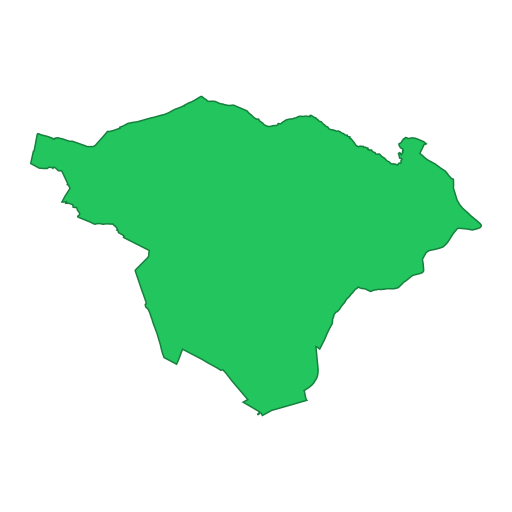 Dragoiesti, Suceava, Romania (Robinson projection)
{"feature_id": "2599482B69921637610392", "entity_name": "Dragoiesti", "entity_type": "district", "adm_level": 2, "iso_a3": "ROU", "parent_name": "Romania", "parent_adm1": "Suceava", "projection": "robinson", "projection_center": [26.101, 47.535], "detail": "fine", "context": "isolated", "style": "filled", "palette": "green", "viewbox_px": 512, "rotation_deg": 0, "n_neighbors": 0, "source": "geoboundaries", "source_scale": "gbopen_adm2", "svg_char_len": 6058}
<svg xmlns="http://www.w3.org/2000/svg" viewBox="0 0 512 512"><path d="M319.7,349.1L324.4,339.9L327.4,332.9L330.3,327.0L332.2,323.8L332.6,320.8L332.4,319.9L333.8,316.3L333.8,315.2L334.2,314.3L336.0,312.2L337.7,311.3L338.4,310.4L339.3,309.6L341.1,306.7L345.2,301.7L345.5,300.5L346.3,299.8L346.4,299.4L347.6,298.1L348.4,297.6L349.1,296.6L350.1,295.7L350.3,295.4L350.4,294.9L352.8,292.5L354.9,289.8L357.4,288.0L358.2,287.0L359.6,287.8L362.2,288.6L363.1,288.5L364.3,288.9L364.9,288.8L365.7,289.0L366.6,289.6L370.3,291.4L370.9,291.4L372.3,290.7L375.0,289.9L376.5,289.8L378.1,289.3L380.7,289.5L384.5,289.2L386.8,288.7L393.6,288.8L396.5,288.2L398.1,287.7L399.2,286.8L403.9,282.1L406.0,280.8L412.0,275.8L413.3,275.2L420.5,273.4L422.5,272.5L423.3,271.5L423.7,270.5L423.2,264.1L422.5,259.8L422.6,258.9L425.9,253.0L427.0,251.9L428.3,251.1L429.9,250.4L434.5,249.5L439.8,248.1L443.1,246.9L446.5,243.7L448.3,241.4L453.2,233.6L457.3,228.7L458.7,228.2L467.2,229.0L472.5,230.0L477.4,228.7L479.4,227.9L480.7,227.1L481.1,226.3L481.3,225.2L480.1,223.6L477.4,221.2L469.8,214.9L468.8,213.7L462.8,208.4L459.9,205.0L457.1,200.1L453.4,188.0L453.6,184.4L453.4,179.3L451.1,178.2L448.4,175.1L447.1,173.2L445.3,171.1L440.1,167.7L435.5,164.2L427.5,159.8L425.0,157.9L421.6,154.8L419.8,153.5L424.2,144.4L425.8,144.1L426.3,143.8L425.4,143.1L424.6,142.7L424.0,141.8L417.2,138.9L414.7,138.1L411.0,137.9L409.4,138.5L408.5,138.5L405.9,137.5L405.3,137.6L405.0,137.9L404.8,138.7L403.5,138.9L403.2,139.2L402.9,140.2L402.1,140.8L401.8,141.6L400.7,143.0L399.2,143.6L398.9,144.0L399.2,145.5L400.2,147.4L401.3,148.3L402.9,149.0L402.9,149.8L403.2,150.2L403.1,150.7L402.7,150.8L402.5,151.1L402.6,151.5L403.1,152.0L403.0,152.3L402.9,152.6L402.2,153.0L402.0,153.4L401.7,154.5L401.5,154.8L401.2,154.7L400.3,153.3L399.8,152.7L399.3,153.1L398.6,153.2L398.4,153.7L399.0,155.1L399.4,156.7L399.4,157.5L399.6,158.0L400.1,158.3L401.5,158.6L402.1,159.2L401.9,159.8L401.2,160.3L401.0,160.6L401.1,162.9L400.9,163.1L399.2,163.1L398.6,163.4L398.0,164.6L397.2,165.0L396.7,164.9L396.0,164.3L395.3,164.1L394.8,164.0L394.0,164.3L393.3,163.8L391.9,164.0L390.3,163.2L390.0,162.6L388.9,161.7L387.1,161.0L384.5,158.2L383.2,157.3L382.0,156.8L381.5,156.1L379.4,154.0L377.6,154.2L376.0,154.1L375.6,153.7L375.0,152.5L374.1,152.4L372.4,151.5L372.0,151.0L371.6,150.0L370.8,150.1L370.0,149.8L369.2,150.3L368.8,149.8L367.8,149.5L367.7,149.2L368.1,148.6L368.1,148.3L367.8,148.0L366.8,148.0L365.6,147.3L364.8,147.1L364.3,147.4L364.1,147.4L363.4,146.8L363.3,146.4L360.6,146.3L360.3,146.1L359.4,146.3L358.7,146.7L357.3,146.4L357.0,145.9L356.0,145.4L355.7,145.0L354.3,142.8L351.2,138.9L350.7,138.6L349.8,138.4L349.7,138.2L350.0,137.6L350.0,137.1L349.8,136.8L347.8,136.5L347.5,136.3L347.3,135.2L346.3,135.2L344.9,134.8L343.4,133.5L341.7,133.1L340.2,131.8L338.1,130.9L337.4,131.3L336.9,131.3L333.9,130.1L333.5,130.1L332.5,129.8L331.4,129.9L329.4,129.0L328.8,128.8L328.5,128.0L328.1,127.7L327.7,127.0L325.2,125.9L324.8,125.0L323.0,123.9L321.9,122.4L321.4,122.1L321.1,121.7L319.5,121.3L318.1,120.3L317.8,119.5L317.5,119.5L316.2,118.6L315.9,117.9L314.3,117.4L311.2,115.4L310.2,115.4L310.0,115.6L310.2,116.0L310.1,116.6L309.8,116.7L309.2,116.5L306.0,116.1L305.0,116.2L303.2,116.5L302.3,116.3L301.5,116.4L300.5,116.2L299.5,116.3L298.3,116.6L295.9,117.9L293.7,118.3L292.6,118.9L290.1,119.0L286.2,119.9L283.3,121.8L282.5,122.2L281.3,123.4L280.6,123.8L279.9,123.8L278.4,123.5L278.1,123.6L277.8,124.5L276.8,125.4L276.2,125.6L275.2,125.5L273.5,125.6L269.8,126.5L267.8,126.4L264.3,124.9L262.8,123.2L261.9,122.6L260.6,121.5L259.5,121.0L259.2,120.6L259.0,119.7L258.6,119.1L256.9,119.3L254.5,118.0L253.2,116.9L251.1,114.8L249.4,113.6L246.9,110.8L245.5,110.2L236.5,106.4L236.0,106.3L234.8,105.6L233.2,105.1L229.7,105.5L227.5,105.3L224.6,104.7L222.8,104.0L221.3,103.9L219.0,103.2L215.6,101.6L213.5,101.2L208.1,101.3L207.4,101.0L207.0,100.7L206.7,100.0L204.4,98.6L201.9,96.5L201.2,96.5L200.6,96.6L194.5,100.3L190.1,102.6L189.7,102.4L184.1,105.4L184.3,105.9L183.0,106.1L179.7,107.6L175.5,109.1L172.6,110.5L168.8,112.7L164.7,114.4L160.1,115.5L154.0,117.3L151.0,117.9L136.9,121.9L132.8,122.4L127.9,123.4L123.2,126.0L119.7,127.3L120.0,128.2L112.7,130.7L109.1,131.5L107.5,131.4L104.7,134.8L95.2,145.5L94.2,146.1L92.9,146.6L87.2,146.6L84.8,145.6L72.3,141.2L69.7,141.3L68.9,141.1L62.9,139.0L57.4,137.7L56.0,138.1L55.0,138.1L54.5,139.2L52.7,138.7L52.8,138.4L48.1,136.6L40.3,134.6L39.6,134.0L37.7,133.7L37.2,134.5L34.1,151.0L33.4,151.2L30.7,163.5L39.1,168.1L43.6,168.5L47.4,168.5L48.7,167.2L52.1,167.6L52.9,168.4L53.6,167.1L55.7,168.1L57.7,170.1L59.0,170.9L60.3,170.8L61.1,170.6L61.6,170.9L62.1,171.7L67.4,182.9L67.6,184.4L67.3,184.7L67.5,184.9L68.5,185.1L70.0,188.4L65.2,195.9L61.9,202.0L63.7,202.1L66.5,201.6L66.8,202.7L65.9,202.7L65.7,203.3L68.7,203.3L72.5,204.5L73.0,205.6L73.1,207.2L75.2,207.5L76.6,207.5L77.6,210.5L79.4,212.7L79.7,214.1L79.0,215.2L77.8,216.2L77.7,216.7L78.0,217.1L87.5,221.0L89.6,221.8L94.3,224.1L95.7,224.1L96.9,223.6L98.3,223.7L99.5,223.5L103.1,224.3L104.7,224.0L107.8,223.8L109.0,224.0L112.8,224.1L113.2,224.3L113.6,224.9L114.5,225.8L115.1,226.0L116.4,227.5L117.5,229.2L116.8,230.1L118.3,231.0L118.5,232.6L123.1,235.2L123.1,235.6L124.2,236.3L123.6,237.5L149.3,250.5L148.8,253.3L148.8,255.5L148.5,256.4L147.9,257.4L135.6,269.8L135.2,270.7L141.8,290.2L142.4,292.0L142.6,292.3L146.0,302.0L146.2,303.1L146.0,303.9L145.3,304.3L145.2,304.6L145.5,305.7L145.5,306.3L145.7,306.8L146.3,307.6L147.4,308.5L148.3,309.6L149.9,313.0L151.1,316.9L152.0,319.3L153.2,323.3L157.0,333.4L160.4,344.8L161.2,348.5L162.7,353.9L164.1,357.6L176.6,364.2L178.8,359.2L182.5,349.2L202.1,359.4L208.8,363.4L216.6,367.6L220.9,370.3L222.8,369.8L225.6,372.7L232.0,381.0L247.8,399.6L243.1,402.2L259.4,411.7L259.6,412.1L259.5,412.5L257.8,414.0L257.7,414.3L258.0,414.6L258.4,414.5L259.9,413.1L260.5,412.9L261.0,413.0L262.4,415.5L271.7,410.4L306.9,400.3L306.1,399.1L305.4,396.6L304.4,391.3L304.0,390.7L310.0,386.7L311.5,385.4L313.6,383.2L316.6,378.3L317.3,376.4L318.0,373.1L318.1,369.3L315.9,346.6L317.1,347.0L319.7,349.1Z" fill="#22c55e" stroke="#15803d" stroke-width="1.5"/></svg>